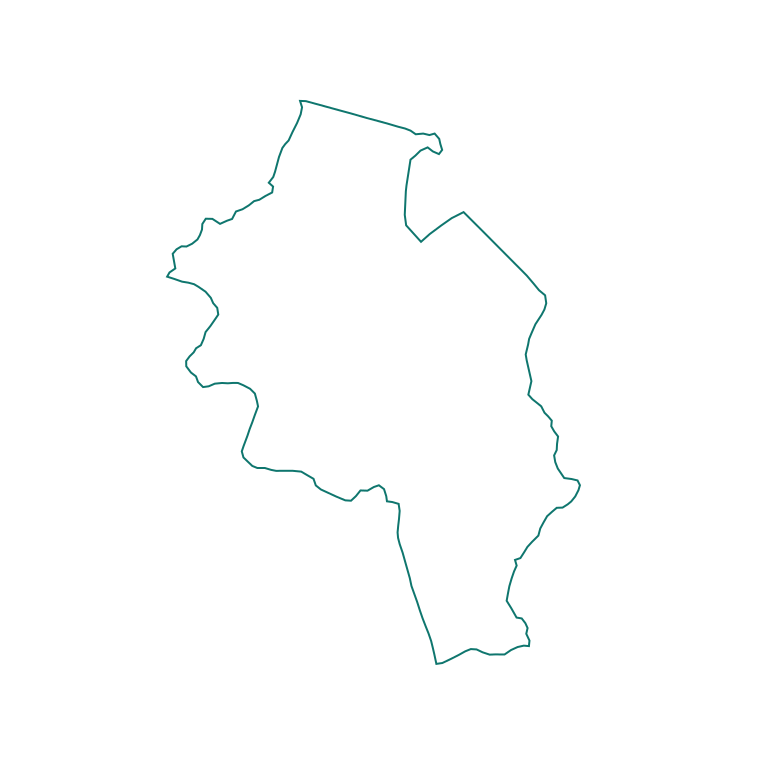 outline of Duque de Caxias, Rio de Janeiro, Brazil, rotated 341°
{"feature_id": "56859067B40218496902561", "entity_name": "Duque de Caxias", "entity_type": "district", "adm_level": 2, "iso_a3": "BRA", "parent_name": "Brazil", "parent_adm1": "Rio de Janeiro", "projection": "mercator", "projection_center": [-43.309, -22.642], "detail": "fine", "context": "isolated", "style": "outline", "palette": "teal", "viewbox_px": 768, "rotation_deg": 341, "n_neighbors": 0, "source": "geoboundaries", "source_scale": "gbopen_adm2", "svg_char_len": 2983}
<svg xmlns="http://www.w3.org/2000/svg" viewBox="0 0 768 768"><g transform="rotate(341 384 384)"><path d="M344.2,583.9L344.4,600.8L344.2,610.0L344.2,618.0L344.5,626.3L344.9,634.4L344.9,642.4L344.2,650.0L343.6,655.7L342.4,665.7L348.3,666.8L358.0,665.7L366.6,664.5L373.8,663.2L379.8,662.9L385.1,665.1L389.9,669.8L395.8,674.3L401.2,675.9L409.9,679.0L417.5,676.9L424.7,676.2L431.0,676.9L435.7,679.0L438.0,674.0L437.2,666.5L440.3,661.5L439.8,656.2L437.9,650.5L433.3,648.0L431.3,637.2L429.4,628.9L433.3,621.9L436.7,616.0L441.3,609.5L445.9,603.6L450.3,598.9L450.6,593.0L456.3,593.0L461.5,588.9L466.6,584.7L472.7,581.4L480.6,577.6L484.7,571.5L489.8,566.8L495.2,562.1L501.1,559.6L507.0,557.3L512.6,559.0L518.5,557.6L522.8,556.0L528.2,552.6L533.3,547.7L536.3,543.5L535.6,538.2L530.4,534.9L523.8,531.6L520.8,520.5L520.5,513.6L521.6,506.9L525.8,502.7L528.1,497.0L531.5,490.3L529.5,484.2L528.4,478.4L530.7,473.3L528.6,467.9L526.4,463.4L525.4,456.3L519.3,446.6L517.0,441.1L524.3,429.3L526.6,408.3L527.6,402.2L533.1,393.6L535.9,388.6L540.0,384.0L546.6,376.8L555.5,369.9L559.9,365.8L563.7,360.5L565.2,352.6L561.1,345.8L558.1,337.7L554.3,328.0L551.1,321.3L547.1,313.1L528.4,274.4L515.2,247.4L502.1,249.2L489.9,252.7L476.1,257.1L465.3,261.6L456.6,241.2L458.7,230.8L467.4,208.9L469.9,203.6L482.1,180.5L488.0,178.3L494.5,175.2L502.3,174.5L505.9,180.0L510.8,184.5L515.2,181.6L515.4,175.5L516.0,170.2L513.4,163.7L508.0,163.4L502.6,160.0L495.3,158.2L491.6,153.1L487.1,149.3L481.2,145.4L471.5,138.5L454.3,126.9L440.8,117.4L431.5,111.1L402.2,91.1L396.8,89.0L396.6,95.7L393.0,101.9L386.8,108.9L379.5,116.0L373.1,122.7L368.7,125.0L364.8,127.7L358.6,135.2L350.1,147.8L346.7,152.2L340.6,156.2L343.4,161.2L340.6,166.5L333.2,167.6L326.1,169.2L320.7,168.8L314.3,171.1L307.1,172.7L300.2,172.7L294.1,178.5L288.8,178.5L281.1,179.2L275.5,172.0L269.3,169.7L264.3,173.6L262.2,178.7L258.4,183.3L254.7,186.6L248.3,188.9L242.0,189.7L237.4,187.9L231.7,189.1L226.6,192.1L224.3,206.8L217.5,208.7L213.9,211.9L219.8,216.3L226.4,221.5L232.0,224.5L236.9,227.8L240.2,231.7L245.3,238.6L248.3,246.1L248.8,252.0L251.1,257.7L249.9,264.4L245.1,268.0L238.7,272.7L232.2,276.8L228.2,282.6L223.5,287.7L218.0,289.0L214.4,292.1L209.2,294.6L204.4,297.9L202.8,302.9L205.2,310.3L208.7,315.6L208.8,321.6L211.9,328.0L217.5,329.1L224.1,328.6L231.2,330.3L236.6,332.5L241.5,333.8L246.3,335.5L250.6,339.4L255.8,344.9L258.8,351.0L258.3,358.7L257.6,364.2L251.6,371.5L247.0,377.3L242.3,382.9L238.1,388.4L234.3,393.0L231.0,397.0L227.6,401.4L227.2,407.7L229.9,413.0L232.8,418.6L236.9,422.2L244.1,424.7L249.4,428.5L253.7,431.0L261.2,433.5L269.3,436.3L277.2,439.9L281.9,445.4L286.5,450.7L286.5,457.7L290.0,463.2L294.8,467.8L302.1,474.8L309.5,481.4L314.8,483.6L320.9,480.9L327.1,477.0L333.7,479.5L340.9,478.1L346.2,478.1L349.8,483.4L349.6,490.8L348.6,495.9L353.4,498.3L358.8,502.1L357.5,509.1L354.2,516.6L351.4,522.4L348.5,528.8L347.2,534.1L346.7,540.5L346.7,549.6L346.0,561.5L345.2,575.9L344.2,583.9Z" fill="none" stroke="#0f766e" stroke-width="2"/></g></svg>